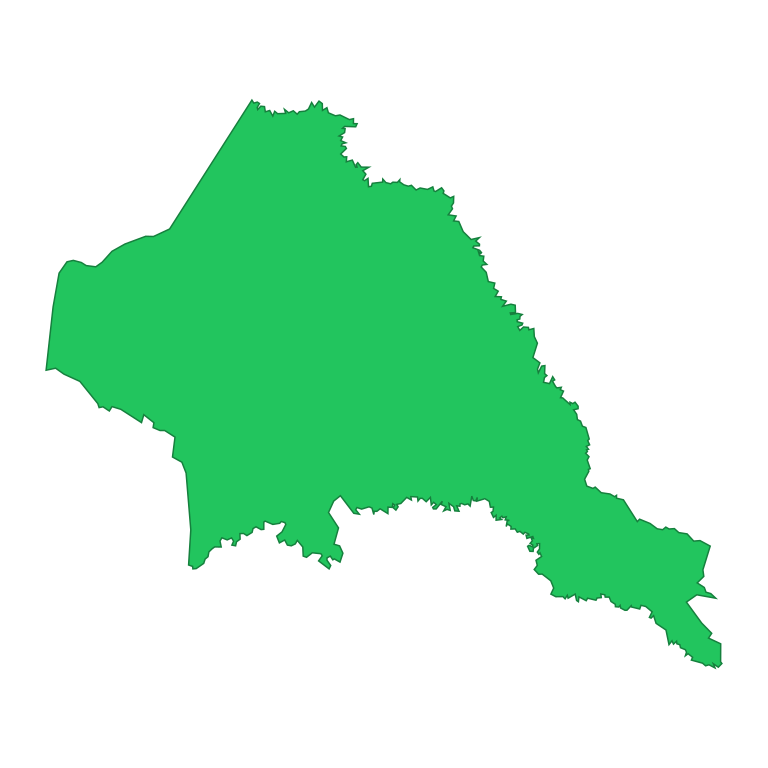 Simon Bolivar, Guayas, Ecuador
{"feature_id": "8360857B9786839624042", "entity_name": "Simon Bolivar", "entity_type": "district", "adm_level": 2, "iso_a3": "ECU", "parent_name": "Ecuador", "parent_adm1": "Guayas", "projection": "orthographic", "projection_center": [-79.376, -2.042], "detail": "fine", "context": "isolated", "style": "filled", "palette": "green", "viewbox_px": 768, "rotation_deg": 0, "n_neighbors": 0, "source": "geoboundaries", "source_scale": "gbopen_adm2", "svg_char_len": 6118}
<svg xmlns="http://www.w3.org/2000/svg" viewBox="0 0 768 768"><path d="M53.1,306.9L46.1,370.2L55.6,368.2L63.9,374.1L79.9,381.4L97.8,403.6L99.1,407.6L103.0,406.8L109.3,411.0L112.0,406.6L120.8,409.3L141.5,422.6L143.8,414.7L153.9,422.7L153.1,427.6L160.0,430.5L164.7,430.5L175.0,437.1L172.5,457.0L181.9,462.2L186.1,473.0L190.8,529.9L188.6,565.0L192.6,566.4L192.9,568.9L196.2,568.6L203.7,563.4L205.1,559.1L208.0,556.7L208.9,551.9L212.1,548.8L214.7,546.9L221.2,547.0L220.0,541.0L221.9,537.8L227.2,539.9L231.6,537.9L233.6,541.2L231.9,545.1L235.6,545.8L236.5,541.8L240.1,539.2L239.9,533.6L243.7,533.5L246.9,535.6L252.1,532.4L253.0,528.6L256.0,526.8L261.1,529.6L263.8,529.3L263.8,522.1L265.1,521.1L272.8,524.4L279.7,523.3L281.3,521.5L284.9,522.6L285.8,524.5L282.0,531.9L276.7,536.1L279.4,542.9L284.7,540.0L287.4,545.1L291.3,545.8L295.3,543.9L297.3,540.4L302.8,547.0L303.2,556.1L306.5,557.3L312.3,552.8L320.9,553.7L322.2,555.8L318.6,560.9L329.1,568.9L330.7,565.5L326.9,560.1L327.1,557.8L330.3,556.1L332.8,559.8L334.3,558.9L340.0,562.1L342.9,553.2L339.6,545.9L334.0,544.2L338.5,527.9L328.5,512.5L333.7,501.1L340.4,495.7L353.8,513.3L359.3,514.2L355.7,509.7L357.0,507.5L361.6,509.1L369.1,506.8L372.0,508.1L373.8,514.5L374.2,511.3L376.9,511.3L380.1,508.8L387.9,513.6L388.0,507.1L392.2,507.4L392.8,503.7L394.7,505.0L393.3,507.8L395.9,510.1L398.1,506.8L396.7,504.4L400.8,503.5L406.7,497.4L411.4,500.0L410.8,496.6L417.5,497.0L418.0,501.0L420.2,498.3L422.3,498.3L426.2,501.7L430.4,497.4L431.3,504.9L433.7,502.3L436.3,504.6L432.7,507.4L433.4,508.9L436.2,508.9L442.3,501.2L441.2,504.5L446.0,506.7L443.7,510.9L447.0,509.4L450.2,510.4L448.9,503.3L453.6,506.7L454.8,510.9L459.0,511.2L456.7,505.8L459.9,506.2L460.0,503.9L461.7,503.5L464.7,504.8L467.9,503.9L470.1,506.1L471.8,496.1L473.3,500.5L475.7,500.9L477.3,497.4L477.0,501.1L484.9,498.7L489.3,501.4L490.4,507.2L493.5,507.1L493.0,511.4L491.2,512.5L493.5,517.4L496.1,515.3L496.1,520.2L501.6,519.5L499.6,518.0L501.9,516.2L502.8,517.7L506.2,516.8L505.2,519.9L509.4,520.3L507.2,520.9L506.2,526.5L507.4,524.0L511.1,526.4L510.9,529.1L515.2,528.9L517.3,532.2L520.0,531.4L523.3,534.1L524.9,532.3L528.6,533.9L529.0,535.0L526.1,535.2L526.9,538.4L532.8,536.5L533.5,538.4L531.2,538.0L532.3,540.8L530.1,543.4L532.8,545.0L532.8,546.9L529.0,545.3L527.6,546.3L529.9,551.3L533.1,551.4L533.4,548.3L537.6,545.5L536.9,543.7L539.6,543.6L539.5,549.0L537.3,552.1L538.9,554.3L540.0,552.9L541.6,556.5L536.0,560.3L537.3,565.4L534.2,569.5L538.6,574.2L542.2,574.1L550.8,580.8L553.7,588.1L550.9,594.1L555.8,596.7L562.9,596.6L565.1,598.8L567.3,595.3L568.1,598.2L575.2,594.1L576.6,600.5L578.4,601.7L579.0,596.9L586.2,600.7L587.6,598.2L596.0,600.2L597.1,598.0L601.3,597.6L600.8,594.0L604.8,594.8L605.2,597.1L609.2,597.1L611.0,601.5L615.3,604.3L615.4,606.7L618.7,607.0L620.1,605.4L620.6,608.0L625.0,610.3L627.0,610.2L631.2,605.7L631.5,607.0L639.7,609.0L641.0,605.3L645.8,606.5L652.1,611.8L649.4,617.4L651.1,618.1L653.6,615.7L656.1,623.4L666.0,630.0L669.0,644.6L672.0,640.8L673.5,644.1L676.6,641.2L676.9,643.8L679.8,644.7L680.5,647.7L685.4,649.7L686.5,652.2L685.4,655.7L688.1,653.7L692.6,657.3L691.4,660.1L702.6,663.2L705.6,665.8L709.0,664.8L715.0,667.9L713.3,663.7L718.3,667.2L721.9,663.5L720.6,661.8L720.7,643.8L708.5,638.1L711.7,633.3L701.7,623.1L686.4,602.1L696.8,594.8L715.7,598.2L710.8,593.6L706.0,592.2L704.3,587.5L697.2,582.9L703.8,576.4L702.9,569.8L710.2,546.1L700.0,540.6L693.7,541.1L687.1,533.9L678.8,532.6L674.4,528.6L669.1,529.0L665.8,527.1L662.7,529.7L657.2,528.8L650.1,523.5L639.6,519.2L637.3,521.6L623.4,499.8L616.5,498.2L616.5,495.4L614.6,496.7L610.0,494.0L601.2,492.7L595.2,487.1L593.0,488.4L586.8,486.1L584.6,479.2L588.8,471.4L588.4,469.4L590.2,468.7L587.2,460.0L589.0,456.7L585.6,453.2L587.4,451.6L586.5,449.8L588.5,449.3L586.3,446.4L589.6,444.8L587.7,440.6L589.2,439.0L585.9,427.5L582.4,426.2L580.5,421.1L577.4,419.6L576.7,414.3L573.6,409.8L578.1,408.7L578.1,406.2L575.0,402.2L572.8,403.6L570.0,402.2L570.1,404.6L562.7,397.9L560.5,397.7L563.5,391.1L560.3,389.7L561.3,387.3L556.9,387.9L555.6,386.6L552.5,381.2L554.7,379.9L552.7,376.7L549.5,383.6L543.5,382.3L544.5,377.5L546.9,375.6L544.6,373.6L544.9,365.6L541.7,366.1L538.3,372.8L537.5,369.0L539.9,362.9L532.9,357.6L537.4,343.2L534.3,336.6L533.8,328.5L528.9,329.8L528.4,327.4L523.5,327.0L519.8,330.4L517.7,326.6L522.0,325.0L522.7,323.2L517.2,321.7L517.1,319.8L519.8,319.0L520.0,316.3L522.2,314.5L517.7,313.4L510.7,314.5L510.3,312.9L515.5,312.6L515.2,305.2L510.9,304.2L502.6,306.3L506.3,301.1L500.8,299.4L501.4,296.8L495.2,296.5L498.2,291.2L493.6,288.4L494.8,283.1L488.3,281.6L486.2,272.3L481.2,267.0L482.3,265.0L486.8,264.4L483.2,261.0L483.8,256.2L479.6,255.6L478.4,251.7L480.6,253.7L481.5,252.6L479.6,250.3L472.8,247.7L473.8,246.0L479.4,245.8L479.5,244.2L475.7,241.1L479.4,237.6L471.1,239.5L463.2,231.7L458.8,221.5L453.6,220.9L456.1,216.0L448.2,214.8L452.5,208.8L451.4,206.1L453.5,202.9L453.7,196.4L450.3,197.9L443.2,193.4L443.9,190.9L441.6,187.8L435.6,191.5L434.0,191.0L432.8,186.9L427.5,189.4L420.1,188.0L416.1,190.0L411.4,185.3L408.3,186.2L403.8,184.8L399.6,181.8L399.8,179.7L397.4,182.4L392.8,182.2L390.7,183.8L385.9,182.6L382.8,179.1L382.6,182.1L372.3,183.3L371.4,186.3L368.5,186.7L368.0,178.4L364.6,180.7L362.8,179.7L365.9,174.2L362.8,170.7L368.9,167.2L361.2,167.1L357.8,162.7L356.2,164.6L357.1,167.1L355.6,167.3L352.3,160.1L346.3,161.8L346.7,156.8L343.9,157.0L340.7,154.0L346.4,148.5L345.3,146.5L341.2,145.9L342.1,143.8L345.8,142.8L340.7,140.6L342.6,137.0L339.0,136.0L344.6,132.6L345.1,128.6L342.5,128.4L344.6,126.4L355.7,126.8L357.1,123.7L353.4,123.6L353.5,118.7L349.4,119.6L340.0,115.0L335.4,115.8L328.4,112.8L326.9,107.7L322.5,110.4L322.3,103.6L319.0,101.1L314.5,107.1L311.6,102.5L308.5,109.0L305.3,111.1L299.4,111.7L297.2,114.2L293.3,110.8L288.7,112.8L284.5,109.4L285.7,113.4L277.6,113.7L274.7,111.3L272.8,116.1L269.7,110.5L265.3,111.8L264.5,106.6L260.8,106.2L257.7,109.6L257.2,107.5L259.5,103.5L257.3,102.1L253.8,103.1L251.9,100.1L169.6,229.0L153.5,236.5L145.7,236.3L125.0,244.0L112.0,251.3L102.2,262.2L95.8,266.8L86.2,265.6L81.3,262.5L73.3,260.4L67.0,261.8L59.1,273.1L53.1,306.9Z" fill="#22c55e" stroke="#15803d" stroke-width="1.5"/></svg>